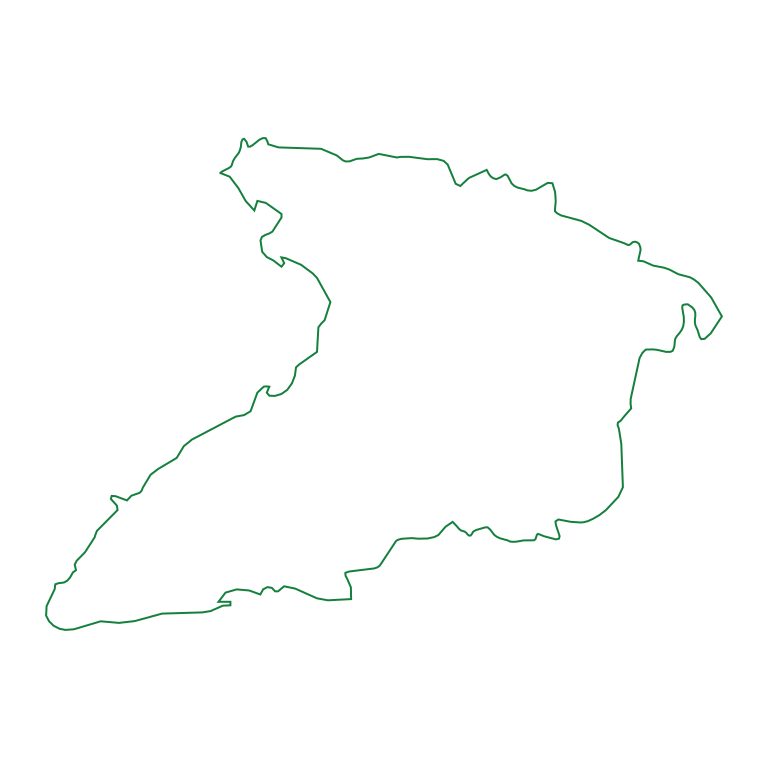 an SVG outline of Granma
{"feature_id": "CUB-1366", "entity_name": "Granma", "entity_type": "Province", "adm_level": 1, "iso_a3": "CUB", "parent_name": "Cuba", "parent_adm1": "", "projection": "natural_earth1", "projection_center": [-76.9, 20.306], "detail": "fine", "context": "isolated", "style": "outline", "palette": "green", "viewbox_px": 768, "rotation_deg": 0, "n_neighbors": 0, "source": "natural_earth", "source_scale": "10m", "svg_char_len": 3874}
<svg xmlns="http://www.w3.org/2000/svg" viewBox="0 0 768 768"><path d="M351.1,599.1L327.9,600.3L316.9,598.3L295.2,588.6L284.1,586.3L278.1,591.3L275.1,591.3L271.9,587.9L267.5,587.1L263.2,589.3L260.3,594.5L249.3,590.5L236.7,589.4L225.5,592.6L218.5,601.8L230.4,601.8L230.4,605.3L222.7,605.7L210.5,611.1L202.3,612.4L162.1,613.6L134.6,621.1L119.0,622.9L100.7,621.3L73.8,629.3L65.5,629.9L59.6,628.8L53.7,625.8L49.0,621.2L46.1,615.6L46.6,606.1L54.7,589.1L55.3,584.3L58.5,583.2L64.0,582.5L67.1,580.8L70.0,577.6L73.0,572.3L76.0,570.2L74.7,564.6L76.7,560.7L84.9,552.4L94.6,537.4L95.4,534.8L96.9,530.9L117.6,510.0L116.8,505.5L110.9,499.0L111.7,495.9L115.6,496.2L127.0,500.4L131.4,495.7L139.7,492.8L141.6,490.8L142.8,487.7L150.5,474.8L158.1,469.0L176.7,457.9L183.8,446.2L192.0,439.5L235.7,416.6L244.1,415.1L250.6,411.2L257.4,392.6L263.7,386.7L264.9,386.5L266.5,386.4L269.3,386.7L266.8,392.7L269.4,395.7L275.0,395.9L281.4,394.0L287.3,389.8L291.9,383.4L294.9,375.7L296.0,367.4L299.1,364.5L317.0,351.9L318.4,327.3L321.3,323.5L324.6,320.2L330.4,302.1L317.0,277.9L312.8,273.5L301.1,264.8L285.6,258.1L281.4,257.4L284.2,263.2L281.5,266.7L273.4,260.5L266.7,257.0L262.2,251.8L260.5,240.4L262.0,236.9L265.4,234.9L269.4,233.4L272.4,231.6L281.5,217.5L281.5,214.0L265.8,202.9L257.4,200.9L254.3,210.5L245.6,200.9L238.3,188.0L229.7,176.7L220.3,173.0L220.3,172.9L222.1,171.5L228.9,168.0L230.7,166.8L231.5,165.7L232.0,164.4L233.0,161.2L234.6,158.3L238.9,152.7L239.9,150.2L240.8,147.2L241.4,141.8L242.6,139.4L244.1,138.8L246.5,141.8L248.2,146.7L250.0,146.7L252.7,145.1L259.5,139.7L262.8,138.1L265.6,138.1L267.3,141.2L268.3,144.3L278.5,147.4L321.0,148.8L336.7,155.4L343.0,160.4L345.9,161.5L349.7,161.3L356.8,158.8L362.7,158.5L369.1,157.5L378.8,153.9L396.9,157.5L400.4,156.9L409.0,156.8L427.5,159.2L437.2,159.1L443.7,160.9L447.7,164.6L455.7,183.8L460.3,186.0L467.5,179.2L469.3,177.8L486.7,169.9L488.8,173.9L490.7,176.4L493.1,178.2L496.3,179.1L500.6,177.3L504.7,174.6L506.1,174.6L507.7,175.9L511.6,183.4L514.4,186.0L517.9,187.7L524.2,189.2L527.5,190.4L531.7,190.8L536.0,189.7L547.7,182.9L552.4,183.2L555.0,191.7L555.4,195.5L555.7,201.5L555.0,209.1L555.0,211.3L557.0,213.2L561.0,215.4L581.3,220.9L589.1,224.7L609.2,238.0L624.2,243.2L628.0,245.0L629.3,244.9L630.6,244.1L631.8,242.9L632.7,242.2L634.6,241.7L635.9,241.9L637.4,242.5L639.0,243.8L640.3,247.3L640.6,249.9L638.2,260.7L643.5,261.3L653.2,265.6L664.1,267.7L669.5,269.6L678.3,274.2L690.0,277.3L693.8,279.4L698.3,282.8L711.2,297.5L721.9,316.4L710.7,333.4L704.7,338.8L701.3,339.2L699.7,337.0L697.6,330.2L695.4,325.3L694.9,322.5L694.9,319.4L695.3,316.3L695.3,313.1L694.4,310.0L692.1,307.3L687.8,304.3L684.5,304.5L682.6,305.3L682.2,307.6L683.8,317.1L683.9,321.8L683.2,326.3L681.8,329.7L679.7,332.8L677.1,335.8L675.6,338.1L674.9,340.2L674.5,345.0L674.1,347.4L672.7,350.8L670.3,351.9L666.2,351.9L656.9,349.8L652.6,349.4L645.7,349.6L642.4,352.9L639.6,358.0L630.6,399.3L630.7,401.7L630.5,403.3L631.2,408.4L624.5,416.0L620.7,420.7L617.9,422.6L617.6,425.2L618.9,428.7L621.3,443.9L622.9,487.2L618.4,496.8L606.0,510.0L599.4,515.1L593.2,518.7L588.0,521.1L583.8,522.2L580.8,522.5L570.6,521.8L558.4,519.5L555.5,521.4L555.6,522.9L556.2,525.8L559.6,536.1L559.0,538.6L556.0,539.4L543.9,536.2L540.3,534.7L537.8,533.9L536.9,534.8L535.4,539.3L533.9,540.3L523.7,540.4L516.0,541.7L512.2,541.8L509.9,541.5L509.0,541.0L507.4,540.3L500.3,538.4L496.8,536.8L494.1,534.7L490.3,529.7L487.6,527.3L485.1,527.4L476.8,529.8L474.5,530.8L472.9,532.0L472.1,533.7L470.6,535.5L469.1,535.6L467.5,534.4L466.4,532.9L465.3,532.0L464.1,531.4L462.6,531.0L461.1,530.5L459.6,529.4L457.9,527.6L456.9,526.3L452.6,521.9L445.6,526.7L438.4,535.0L434.2,537.1L427.5,538.5L418.0,538.7L411.9,538.1L401.5,538.8L398.3,539.7L396.2,540.8L379.8,565.6L377.5,567.3L374.4,568.4L349.2,571.5L345.4,572.8L345.4,574.3L345.6,575.9L347.0,578.4L350.9,587.4L351.1,599.1Z" fill="none" stroke="#15803d" stroke-width="2"/></svg>